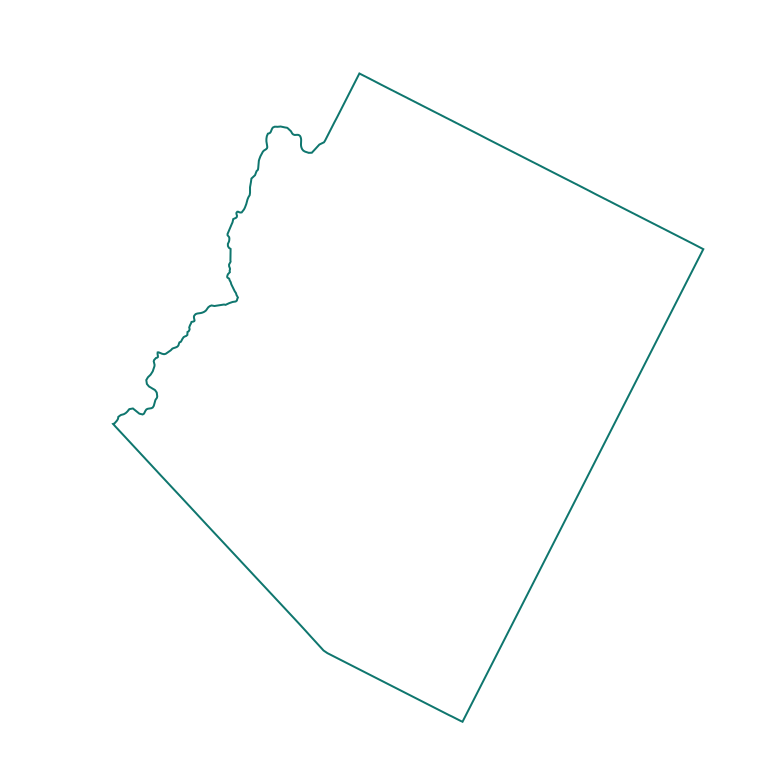 the border of Arizona, rotated 27°
{"feature_id": "USA-3520", "entity_name": "Arizona", "entity_type": "State", "adm_level": 1, "iso_a3": "USA", "parent_name": "United States of America", "parent_adm1": "", "projection": "mercator", "projection_center": [-112.833, 34.165], "detail": "fine", "context": "isolated", "style": "outline", "palette": "teal", "viewbox_px": 768, "rotation_deg": 27, "n_neighbors": 0, "source": "natural_earth", "source_scale": "10m", "svg_char_len": 4845}
<svg xmlns="http://www.w3.org/2000/svg" viewBox="0 0 768 768"><g transform="rotate(27 384 384)"><path d="M455.8,649.5L451.1,648.9L449.0,648.1L445.0,646.6L441.0,645.1L437.0,643.6L433.0,642.1L429.1,640.6L425.1,639.1L421.1,637.6L417.1,636.1L385.5,624.6L353.8,613.1L322.2,601.6L290.5,590.1L258.9,578.5L227.2,567.0L195.6,555.4L163.9,543.8L161.1,542.7L160.9,542.7L160.7,542.6L161.7,541.6L162.7,537.8L162.8,535.8L162.2,533.9L163.4,531.5L163.8,530.9L165.6,529.3L166.2,528.6L167.1,527.1L167.7,525.5L168.3,523.2L168.2,523.1L168.5,522.0L171.4,519.8L179.5,521.5L182.8,520.7L183.6,519.4L183.6,517.7L183.6,516.0L183.9,514.4L184.9,513.2L187.7,511.2L188.6,510.0L188.8,508.0L187.6,502.1L187.7,501.0L187.9,500.1L187.9,499.2L187.6,498.0L185.4,494.8L182.8,493.4L175.7,492.9L172.7,491.6L170.4,488.4L170.6,485.2L171.8,481.7L172.2,477.7L171.4,472.4L170.9,471.1L168.5,468.3L168.3,467.0L169.0,464.4L170.0,463.4L170.3,462.6L169.8,461.6L169.2,460.9L168.4,459.7L168.0,458.6L168.8,458.1L172.6,457.8L174.5,457.3L175.8,456.2L178.7,450.8L179.4,448.5L180.2,447.6L181.8,446.0L182.8,444.7L183.1,444.0L183.3,442.8L182.9,440.8L182.9,439.6L183.6,439.0L183.8,438.6L183.9,437.5L183.9,435.5L184.2,433.2L185.1,431.9L186.0,430.9L186.5,429.5L185.7,427.8L185.3,426.8L185.7,426.3L186.0,425.8L186.1,424.7L186.0,423.6L185.7,423.1L184.8,422.1L184.5,419.9L184.5,417.5L184.3,416.1L185.8,414.9L186.4,414.1L186.3,413.3L184.8,411.5L184.1,410.4L183.9,409.3L184.4,407.3L185.6,406.0L188.6,403.9L189.9,402.7L191.1,401.2L192.0,399.4L192.6,395.4L193.5,393.6L194.7,392.3L197.5,391.5L205.4,385.8L206.9,385.4L209.4,382.2L211.9,379.6L214.4,377.8L215.0,376.5L214.6,374.5L214.6,373.3L212.1,371.6L211.2,370.6L210.5,370.0L209.1,369.3L202.7,364.5L201.5,363.2L201.1,362.8L199.6,361.8L199.2,361.5L198.6,360.8L198.3,360.5L198.0,360.4L197.6,360.4L196.6,360.3L196.1,360.2L195.7,359.8L195.4,359.2L195.2,358.0L195.1,357.1L195.5,355.7L195.9,354.3L195.1,353.3L194.6,351.4L193.7,350.4L192.7,349.6L191.8,348.1L191.7,347.5L191.8,345.2L191.7,344.5L191.4,344.1L191.1,343.7L186.0,333.3L183.9,333.0L182.3,331.9L181.3,330.1L181.2,327.5L180.9,326.3L180.3,324.8L179.4,323.5L178.3,323.0L177.1,322.5L176.5,321.4L175.7,310.4L175.7,309.7L175.6,308.6L174.8,305.5L176.7,303.1L177.0,302.2L176.7,300.9L175.2,299.3L174.8,298.4L175.1,297.1L175.9,296.7L176.9,296.7L178.0,296.5L178.9,296.0L179.3,295.7L180.0,292.0L180.0,290.0L179.6,286.2L178.6,281.6L178.4,279.2L178.6,276.7L177.8,274.4L175.3,269.5L173.9,264.9L172.6,261.1L174.3,256.5L173.8,252.3L174.4,250.3L173.9,248.7L171.1,241.8L170.8,239.9L170.5,237.3L170.6,232.0L171.0,230.6L172.4,228.2L172.7,227.1L172.5,226.0L172.0,225.2L169.0,221.1L167.9,218.9L167.1,216.4L166.9,213.7L168.2,212.4L168.6,211.3L168.6,210.2L168.4,208.1L168.4,207.0L168.5,206.2L168.7,205.7L169.3,205.0L169.6,204.6L169.9,204.3L172.5,203.1L175.0,201.5L179.5,200.3L180.7,199.9L181.3,199.7L182.1,199.8L186.2,201.0L186.5,201.1L186.9,201.4L187.6,201.9L188.4,202.4L189.4,202.8L190.0,202.8L190.6,202.8L191.1,202.7L191.5,202.6L193.5,201.4L194.0,201.2L194.4,201.0L194.9,200.9L195.5,200.9L196.0,201.0L196.7,201.2L197.4,201.7L198.2,202.5L199.0,203.5L199.5,204.4L201.3,208.3L202.0,209.5L203.0,210.7L204.4,211.9L206.2,212.7L208.2,212.8L212.0,212.2L214.7,210.7L215.9,206.5L216.9,202.9L217.7,200.0L219.2,198.0L220.8,195.9L220.9,194.9L221.0,194.0L221.0,189.9L221.0,189.1L221.0,186.9L221.0,183.4L221.0,178.8L221.0,173.5L221.1,167.4L221.1,161.0L221.1,154.3L221.1,147.7L221.1,141.2L221.1,135.2L221.1,129.7L221.1,125.2L221.1,121.6L221.1,119.3L221.1,118.5L233.2,118.5L245.3,118.6L257.3,118.6L269.4,118.6L281.5,118.6L293.6,118.6L305.6,118.6L317.7,118.6L329.8,118.6L341.8,118.6L353.9,118.6L366.0,118.7L378.0,118.7L390.1,118.7L402.2,118.7L414.2,118.7L426.3,118.7L438.4,118.7L450.4,118.7L462.5,118.7L474.6,118.7L486.6,118.8L498.7,118.8L510.8,118.8L522.8,118.8L534.9,118.8L547.0,118.8L559.1,118.8L571.1,118.8L583.2,118.8L595.3,118.8L607.3,118.9L607.3,136.0L607.3,153.1L607.3,170.1L607.3,187.1L607.3,204.1L607.3,221.0L607.3,237.9L607.3,254.8L607.3,271.6L607.3,288.4L607.3,305.2L607.3,321.9L607.3,338.5L607.3,355.2L607.3,371.8L607.3,388.4L607.3,404.9L607.3,421.4L607.3,437.9L607.3,454.3L607.3,470.7L607.3,487.1L607.3,503.4L607.3,519.7L607.3,536.0L607.3,552.2L607.3,568.4L607.3,584.6L607.3,600.7L607.3,616.8L607.3,632.9L607.3,649.0L607.3,649.3L605.6,649.4L602.3,649.4L599.0,649.4L595.7,649.4L592.4,649.5L589.1,649.5L585.8,649.5L582.5,649.5L579.2,649.5L575.9,649.5L572.5,649.5L569.2,649.5L565.9,649.5L562.6,649.5L559.3,649.5L556.0,649.5L552.7,649.5L549.4,649.5L546.1,649.5L542.8,649.5L539.5,649.5L536.2,649.5L532.9,649.5L529.6,649.5L526.3,649.5L523.0,649.5L519.7,649.5L516.4,649.5L513.1,649.5L509.8,649.5L506.5,649.5L503.2,649.5L499.9,649.5L496.6,649.5L493.3,649.5L490.0,649.5L486.7,649.5L483.3,649.5L480.0,649.5L476.7,649.5L473.4,649.5L470.1,649.5L466.8,649.5L463.5,649.5L460.2,649.5L455.8,649.5Z" fill="none" stroke="#0f766e" stroke-width="2"/></g></svg>